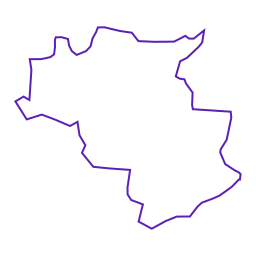 the district of Artik, Shirak, Armenia
{"feature_id": "60910142B41372146219443", "entity_name": "Artik", "entity_type": "district", "adm_level": 2, "iso_a3": "ARM", "parent_name": "Armenia", "parent_adm1": "Shirak", "projection": "orthographic", "projection_center": [44.01, 40.585], "detail": "fine", "context": "isolated", "style": "outline", "palette": "violet", "viewbox_px": 256, "rotation_deg": 0, "n_neighbors": 0, "source": "geoboundaries", "source_scale": "gbopen_adm2", "svg_char_len": 1149}
<svg xmlns="http://www.w3.org/2000/svg" viewBox="0 0 256 256"><path d="M29.8,59.2L31.4,70.1L29.4,100.0L23.5,96.6L15.4,101.4L26.7,119.4L41.8,114.6L55.3,119.7L70.0,126.0L77.5,121.8L79.5,135.3L85.4,145.2L82.0,152.9L93.3,166.8L109.1,168.4L130.1,169.9L127.5,187.5L127.6,194.4L131.2,200.0L142.9,204.4L138.6,221.6L151.7,228.7L166.0,220.9L176.7,216.6L189.9,216.5L193.6,211.7L197.7,206.4L202.0,202.6L212.8,198.6L219.5,195.6L227.0,190.3L232.0,186.6L238.9,179.5L239.9,179.6L240.6,174.2L239.8,173.4L238.8,172.4L234.4,170.1L225.2,164.1L220.2,152.4L220.7,149.3L226.7,139.7L231.3,117.6L230.7,111.7L192.9,109.2L192.1,105.2L192.6,92.5L189.4,88.2L186.0,83.5L184.4,79.3L179.8,78.7L175.8,76.4L180.1,61.3L182.1,60.3L187.0,57.8L198.6,46.9L202.2,42.4L204.1,30.4L200.2,33.5L193.8,38.6L189.1,38.6L185.3,35.8L180.6,38.3L174.1,41.6L167.5,41.7L153.5,41.8L147.0,41.5L138.4,41.1L131.8,32.7L124.7,31.7L119.6,30.9L112.3,29.2L104.5,27.3L97.9,27.4L96.1,32.1L94.4,35.1L92.4,38.8L90.6,46.3L86.0,51.1L76.7,54.9L71.9,51.2L69.1,45.6L68.0,39.0L61.5,37.2L55.8,37.3L54.9,40.1L55.0,46.7L54.1,54.3L50.4,57.1L43.7,58.6L41.1,59.1L29.8,59.2Z" fill="none" stroke="#5b21b6" stroke-width="2"/></svg>